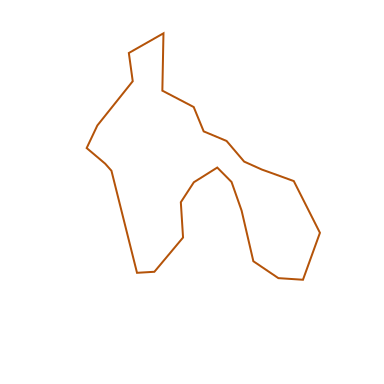 the district of Aravan, Osh, Kyrgyzstan, rotated 223°
{"feature_id": "92254566B45437421976043", "entity_name": "Aravan", "entity_type": "district", "adm_level": 2, "iso_a3": "KGZ", "parent_name": "Kyrgyzstan", "parent_adm1": "Osh", "projection": "equal_earth", "projection_center": [72.448, 40.46], "detail": "fine", "context": "isolated", "style": "outline", "palette": "amber", "viewbox_px": 384, "rotation_deg": 223, "n_neighbors": 0, "source": "geoboundaries", "source_scale": "gbopen_adm2", "svg_char_len": 497}
<svg xmlns="http://www.w3.org/2000/svg" viewBox="0 0 384 384"><g transform="rotate(223 192 192)"><path d="M299.0,152.3L274.8,153.5L265.4,152.6L177.1,95.4L165.1,108.0L167.5,152.6L193.2,176.9L197.3,200.4L190.2,227.1L169.9,226.3L143.0,212.2L99.9,183.2L70.1,187.9L51.0,203.5L70.6,249.4L125.0,269.4L150.8,258.4L156.1,256.1L174.6,249.8L201.5,252.9L224.8,244.3L248.7,255.3L282.8,245.9L321.1,288.6L333.0,250.6L310.9,232.6L306.6,176.1L299.0,152.3Z" fill="none" stroke="#b45309" stroke-width="2"/></g></svg>